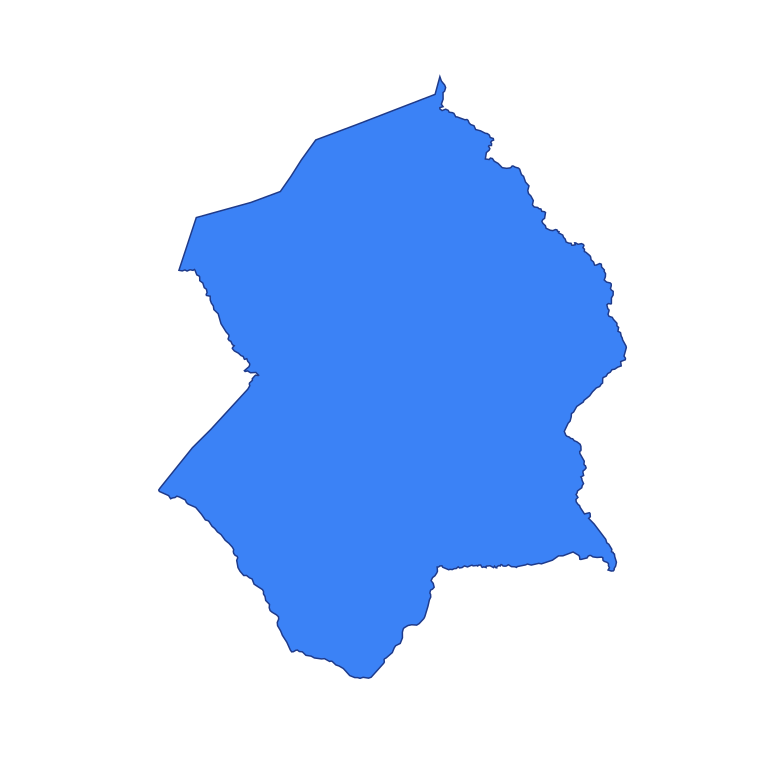 the district of Samburu East, Rift Valley, Kenya, rotated 252°
{"feature_id": "3690345B82723098757823", "entity_name": "Samburu East", "entity_type": "district", "adm_level": 2, "iso_a3": "KEN", "parent_name": "Kenya", "parent_adm1": "Rift Valley", "projection": "orthographic", "projection_center": [37.446, 1.109], "detail": "fine", "context": "isolated", "style": "filled", "palette": "blue", "viewbox_px": 768, "rotation_deg": 252, "n_neighbors": 0, "source": "geoboundaries", "source_scale": "gbopen_adm2", "svg_char_len": 6159}
<svg xmlns="http://www.w3.org/2000/svg" viewBox="0 0 768 768"><g transform="rotate(252 384 384)"><path d="M659.0,532.1L643.7,522.1L639.1,437.4L637.2,394.5L622.7,374.7L610.2,359.6L599.1,344.9L597.8,313.4L600.3,256.9L555.5,224.1L553.9,227.1L554.0,229.9L552.3,231.6L552.6,234.8L551.1,237.5L551.5,239.1L550.7,239.4L545.6,239.7L544.0,241.4L542.9,241.8L539.2,240.7L536.0,242.9L531.2,242.8L529.0,244.4L525.6,244.0L524.2,242.6L523.1,242.5L521.2,245.8L517.5,244.7L514.3,244.8L511.0,245.8L507.3,245.2L502.1,248.0L491.7,247.6L482.4,249.9L478.5,251.6L477.3,251.3L475.0,249.6L473.1,250.2L472.0,251.5L468.2,252.0L466.7,253.4L465.4,251.2L464.6,250.7L461.7,251.9L458.3,255.1L455.2,256.8L453.7,258.6L450.9,258.8L450.5,259.1L450.5,261.3L447.9,261.4L445.0,262.5L443.7,262.2L442.2,261.0L439.8,255.3L438.8,255.8L438.6,258.3L435.9,260.6L434.6,265.7L431.1,267.5L430.9,267.0L432.1,264.6L431.5,263.3L429.7,260.3L428.2,260.0L426.5,256.4L425.6,255.9L423.8,255.8L421.2,252.9L394.3,205.2L382.6,182.1L354.3,138.9L352.8,137.0L352.1,137.0L351.2,137.2L344.4,144.7L340.8,145.6L341.0,147.8L340.6,150.1L341.3,152.3L339.8,154.5L335.1,159.2L332.3,159.5L330.3,160.6L324.8,166.8L316.4,170.2L309.9,172.1L308.4,174.4L307.2,175.1L301.8,176.5L298.9,178.4L294.8,179.9L291.2,182.5L284.4,184.7L280.4,187.3L275.8,189.3L273.1,189.9L271.2,188.9L269.2,188.7L267.0,189.5L265.5,191.1L263.9,191.2L261.8,189.4L254.5,188.4L250.5,189.2L245.2,191.4L244.4,194.1L241.2,196.2L239.3,198.3L233.7,198.6L226.0,204.9L224.0,205.3L221.6,204.5L218.7,205.2L214.7,204.6L209.8,207.0L206.7,205.7L203.7,205.7L201.3,207.2L197.7,210.4L195.3,211.7L193.0,211.2L190.2,208.8L187.0,208.1L181.1,209.4L176.4,209.7L168.4,211.8L160.0,212.7L157.8,213.4L157.4,215.1L158.0,218.0L157.7,219.5L155.8,220.7L154.5,223.6L150.1,225.9L147.7,230.6L145.0,233.1L141.8,239.7L141.2,242.5L136.9,246.6L136.9,247.9L136.2,249.0L131.7,251.4L129.7,254.1L126.0,257.4L117.3,261.3L113.8,265.5L112.9,268.2L111.5,270.3L111.5,273.5L109.0,278.5L109.1,281.2L118.5,297.4L119.5,298.4L121.9,298.9L122.5,299.6L122.8,301.4L126.0,308.9L129.9,312.2L131.5,314.2L132.3,319.3L136.9,323.1L142.3,324.8L145.2,326.7L145.9,327.8L146.9,332.2L146.5,335.9L144.6,340.6L145.3,343.5L148.6,349.4L150.1,350.9L159.0,357.1L164.7,360.5L166.9,362.6L169.5,363.3L171.0,363.0L173.0,364.2L173.7,364.9L173.9,366.7L175.2,368.9L179.2,369.2L182.4,368.0L184.9,370.4L185.9,373.2L188.0,375.8L189.4,377.0L193.5,378.0L193.1,379.3L193.7,380.9L193.2,382.9L191.6,383.2L187.3,388.2L187.4,389.4L186.4,391.6L186.7,393.6L186.2,395.7L187.2,398.1L185.7,399.0L185.3,401.5L186.1,404.3L184.2,406.9L184.6,411.1L184.2,412.1L183.5,412.5L182.7,416.2L181.9,416.9L182.5,417.7L182.0,420.0L179.6,420.5L179.1,421.2L179.3,422.3L177.9,424.4L178.9,424.5L179.1,425.2L178.4,428.7L175.5,431.5L176.6,432.8L174.8,433.5L174.3,434.4L175.1,434.7L175.6,436.0L175.8,437.3L175.0,438.3L176.1,439.4L175.8,440.1L174.1,441.0L173.3,442.9L173.1,444.2L173.7,446.4L170.9,448.8L169.7,452.0L168.6,453.4L169.2,454.2L168.2,462.8L168.5,464.7L166.3,468.1L165.6,475.8L164.3,478.2L164.4,489.8L166.6,496.9L165.3,501.1L165.8,511.9L160.8,516.3L159.3,516.6L156.8,516.1L156.3,517.0L155.8,523.4L157.2,525.0L157.4,526.4L157.0,527.7L155.0,529.3L153.2,533.0L152.1,537.4L151.3,538.4L148.6,537.8L147.2,538.7L145.5,541.0L143.9,542.0L141.8,541.3L139.6,541.6L137.9,539.6L135.9,542.3L135.4,544.4L136.2,545.5L137.4,545.9L139.2,548.0L142.7,550.0L148.4,550.1L151.1,550.6L152.0,549.8L153.0,549.9L154.2,548.5L156.4,549.6L162.1,548.3L164.1,546.8L167.7,546.9L185.9,540.6L193.0,537.1L194.0,539.2L197.3,540.0L198.1,539.5L198.5,534.5L205.7,532.5L208.0,532.4L209.4,531.4L212.5,530.4L214.9,530.9L216.2,533.4L219.5,532.5L220.8,534.0L222.5,535.0L224.2,540.0L226.2,541.2L227.6,543.0L231.2,542.6L233.2,542.9L234.8,542.5L235.3,545.6L238.6,545.9L239.9,546.6L240.4,548.3L241.7,550.3L244.0,550.3L244.8,549.6L246.0,549.4L248.7,550.6L257.5,548.8L259.4,549.3L259.8,550.6L260.4,551.0L263.9,552.0L266.1,551.9L269.3,549.7L271.3,547.4L273.6,546.5L274.6,544.7L276.2,543.9L277.9,541.7L279.2,541.1L283.2,540.8L289.8,547.0L291.2,549.5L294.9,551.9L297.9,553.1L298.8,555.7L303.1,560.4L305.3,568.0L306.7,569.2L309.2,575.9L312.1,579.8L314.7,584.8L315.0,588.4L316.8,590.6L317.4,592.2L321.4,593.6L322.4,594.4L322.8,597.7L324.8,600.0L325.3,602.8L327.2,605.3L326.8,608.0L327.8,611.6L327.9,615.2L332.2,616.0L332.5,621.0L333.9,621.6L336.4,620.9L343.7,625.7L345.3,625.9L352.2,624.6L354.3,624.8L356.1,624.4L359.8,624.8L361.9,622.8L365.3,624.6L367.4,623.5L369.8,624.3L374.7,622.1L376.8,621.7L378.9,618.9L381.1,618.6L384.2,620.7L385.4,620.8L386.3,620.1L390.4,620.4L391.2,622.2L390.0,624.6L390.2,625.1L395.6,626.9L397.8,629.4L401.3,630.6L403.2,629.2L404.8,628.9L407.2,630.5L409.0,631.0L410.2,630.4L412.1,627.2L414.9,625.6L417.6,627.7L420.5,628.8L423.1,628.2L424.4,628.8L427.9,627.1L430.8,627.7L431.9,626.4L431.5,622.5L432.0,621.0L435.2,621.0L438.2,619.3L441.1,619.8L442.4,619.5L446.9,616.7L448.1,615.5L450.3,616.3L452.2,615.3L453.8,616.9L455.0,616.8L456.5,615.2L456.9,611.7L458.9,610.0L459.3,609.0L457.4,609.0L457.5,606.6L458.0,605.5L460.0,605.4L460.9,603.2L462.8,601.1L465.9,601.1L467.9,600.1L470.4,600.0L473.9,596.7L474.8,597.5L475.6,596.3L477.2,596.1L477.9,594.8L477.7,592.0L478.8,589.7L482.0,586.3L484.7,586.4L487.6,584.8L489.9,584.4L491.3,585.9L491.9,587.9L497.2,590.6L498.3,589.8L499.5,587.4L502.0,587.3L502.8,585.6L504.4,584.7L505.9,581.6L508.1,580.6L508.9,580.7L512.3,582.7L517.4,581.8L520.4,580.3L523.6,580.5L527.6,583.1L532.3,581.0L538.4,580.9L540.4,579.6L541.8,579.4L546.3,579.4L547.8,578.6L549.6,575.9L551.4,574.2L551.7,573.2L550.6,571.4L550.6,570.4L551.2,567.3L553.2,563.3L558.5,560.7L561.8,557.7L564.9,556.8L566.0,555.0L565.0,553.4L566.7,549.9L572.5,552.9L573.9,556.3L575.1,557.4L577.8,556.9L578.3,557.7L577.6,559.9L579.3,560.6L580.9,560.2L581.9,561.5L582.1,563.6L583.7,563.8L585.6,561.2L588.2,561.1L590.2,559.7L591.2,557.8L595.0,554.0L597.7,549.8L601.8,549.4L604.0,546.6L606.1,545.6L608.7,545.4L609.9,544.6L610.3,542.6L615.4,536.1L615.9,534.8L619.8,534.1L621.0,532.8L622.3,530.0L624.4,529.6L626.3,527.6L626.1,523.7L628.4,522.1L629.6,522.5L629.5,525.9L632.4,525.0L636.6,528.2L642.9,530.2L643.8,532.1L646.8,534.2L649.5,534.1L654.4,532.2L659.0,532.1Z" fill="#3b82f6" stroke="#1e3a8a" stroke-width="1.5"/></g></svg>